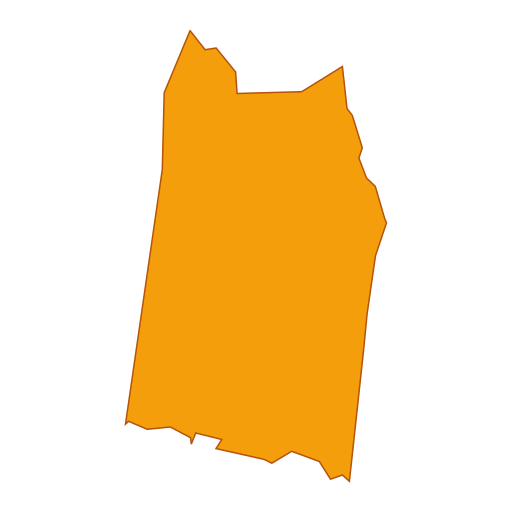 the district of Toombs, Georgia, United States of America
{"feature_id": "52423323B90214298110326", "entity_name": "Toombs", "entity_type": "district", "adm_level": 2, "iso_a3": "USA", "parent_name": "United States of America", "parent_adm1": "Georgia", "projection": "orthographic", "projection_center": [-82.313, 32.133], "detail": "fine", "context": "isolated", "style": "filled", "palette": "amber", "viewbox_px": 512, "rotation_deg": 0, "n_neighbors": 0, "source": "geoboundaries", "source_scale": "gbopen_adm2", "svg_char_len": 579}
<svg xmlns="http://www.w3.org/2000/svg" viewBox="0 0 512 512"><path d="M349.4,481.3L363.5,350.9L367.1,313.9L375.5,255.7L386.5,222.8L384.8,219.0L375.3,186.4L366.5,178.0L358.9,158.1L362.3,147.8L352.3,115.4L347.0,108.5L342.4,66.5L301.7,91.7L237.1,93.5L235.6,72.0L216.1,48.0L205.1,49.7L190.1,30.7L190.0,30.8L164.2,92.7L162.3,169.5L125.5,424.1L128.6,421.3L147.2,429.3L170.3,427.0L190.6,437.7L191.3,444.1L195.7,433.0L221.8,439.5L216.0,448.6L264.1,459.4L271.8,463.2L291.6,451.3L319.3,461.5L330.5,479.2L342.4,475.0L349.4,481.3Z" fill="#f59e0b" stroke="#b45309" stroke-width="1.5"/></svg>